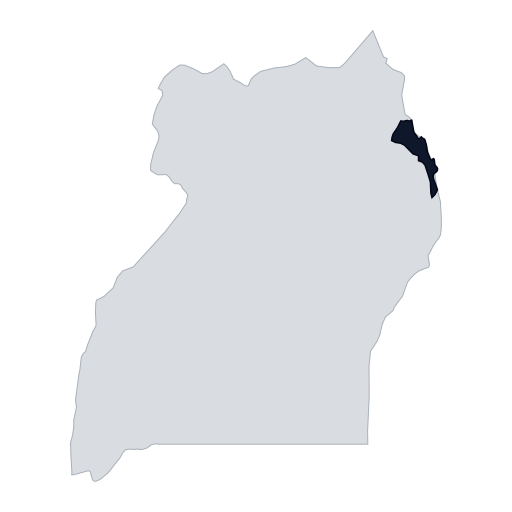 Moroto highlighted on a map of Uganda
{"feature_id": "UGA-3127", "entity_name": "Moroto", "entity_type": "District", "adm_level": 1, "iso_a3": "UGA", "parent_name": "Uganda", "parent_adm1": "", "projection": "natural_earth1", "projection_center": [34.678, 2.605], "detail": "fine", "context": "in_parent", "style": "filled", "palette": "ink", "viewbox_px": 512, "rotation_deg": 0, "n_neighbors": 0, "source": "natural_earth", "source_scale": "10m", "svg_char_len": 3111}
<svg xmlns="http://www.w3.org/2000/svg" viewBox="0 0 512 512"><path d="M367.8,444.2L360.3,444.2L348.1,444.2L336.0,444.2L323.8,444.2L311.6,444.2L299.5,444.2L287.3,444.2L275.1,444.2L263.0,444.2L250.8,444.2L238.6,444.2L226.5,444.2L214.3,444.2L202.1,444.2L190.0,444.2L177.8,444.2L165.6,444.2L158.4,444.2L157.0,444.0L156.0,443.7L151.4,444.7L146.7,448.1L141.6,449.6L136.2,449.0L135.5,449.4L132.8,449.3L128.9,449.1L125.3,450.0L122.6,453.0L119.8,458.2L114.8,464.2L110.9,469.5L107.6,473.3L100.0,479.5L95.9,481.3L93.8,481.0L92.5,479.8L90.2,471.9L88.7,470.6L73.9,474.7L71.7,474.8L71.9,472.3L70.8,453.7L70.6,442.3L72.6,435.1L73.7,426.9L73.8,419.6L76.5,407.3L75.5,399.9L79.0,373.9L79.9,369.7L81.3,357.1L83.5,353.2L85.4,351.7L87.9,344.0L92.8,331.7L96.1,325.4L95.4,311.5L95.9,302.1L96.7,300.0L103.9,296.5L113.2,287.8L117.1,277.6L122.6,271.0L133.3,266.8L165.2,231.7L180.0,212.7L186.4,203.0L186.6,199.5L187.9,195.0L185.3,191.4L182.2,188.1L181.2,185.2L178.5,183.7L174.7,183.7L172.2,181.6L169.4,177.3L166.5,174.6L157.5,174.8L150.6,170.5L150.7,164.5L153.4,152.9L158.7,139.5L159.0,135.8L158.2,132.6L156.9,129.9L154.6,127.2L152.3,124.0L154.1,114.4L157.4,105.0L160.1,100.3L162.8,95.0L162.0,90.6L158.2,88.5L160.2,84.3L164.4,77.1L172.5,69.9L179.7,65.1L184.4,65.1L193.7,68.9L202.1,73.5L206.6,73.7L212.2,71.8L223.8,63.8L226.6,66.3L230.0,71.2L233.6,79.2L240.9,82.9L244.4,85.4L246.9,86.2L248.3,85.5L251.1,79.2L254.4,75.8L260.6,71.4L274.2,68.0L283.9,66.9L288.0,66.2L295.0,64.1L305.8,57.6L316.6,66.0L328.2,67.6L339.5,67.6L342.9,65.0L344.9,63.1L356.8,49.3L372.8,30.7L383.5,56.9L387.1,58.5L386.6,60.8L385.7,63.0L392.7,69.3L401.3,72.6L404.4,75.8L404.6,79.3L401.7,94.7L402.3,99.0L405.1,114.4L410.2,117.9L414.7,133.3L423.9,139.9L425.2,141.8L427.3,149.3L430.1,157.5L432.3,159.4L433.7,159.8L436.4,168.6L434.8,173.4L437.0,188.3L440.4,201.6L441.3,217.5L441.4,224.5L441.2,228.7L440.5,234.8L438.8,238.3L435.9,241.7L432.6,247.0L429.8,252.7L428.0,255.5L429.4,264.1L429.1,266.4L428.3,267.4L424.1,268.8L418.8,271.0L415.6,273.3L411.0,277.7L407.4,282.4L402.5,296.2L394.4,307.0L393.1,310.5L385.4,317.0L382.0,324.9L379.9,334.6L376.9,341.6L370.5,351.1L369.0,366.2L369.2,396.4L367.6,430.7L367.8,444.2Z" fill="#d9dde1" stroke="#a8b0b8" stroke-width="1"/><path d="M411.7,119.6L413.7,131.6L414.4,133.0L416.6,135.8L417.6,137.7L418.2,138.4L419.2,138.7L419.6,138.5L420.4,137.8L420.6,137.7L420.8,137.5L421.1,136.9L421.3,136.8L421.5,136.9L421.7,137.2L421.8,137.5L422.1,137.8L424.0,138.9L424.4,139.0L424.8,139.7L425.1,140.4L426.5,145.4L427.5,152.2L430.4,159.2L431.1,159.9L432.0,160.0L432.6,159.4L433.0,158.8L433.6,158.6L434.3,159.7L434.7,163.7L435.1,165.2L437.0,167.4L437.6,168.7L437.4,170.5L436.4,171.9L435.0,172.8L433.8,174.0L433.2,175.9L433.6,179.0L436.3,186.4L437.5,189.9L435.0,194.5L432.0,197.6L430.9,193.3L430.4,182.0L428.1,174.4L426.0,168.2L425.1,165.3L422.5,162.2L418.5,160.7L418.5,155.8L416.2,155.0L413.0,153.9L409.3,150.1L404.4,145.1L400.5,143.2L395.6,142.5L391.6,140.6L392.1,137.1L393.2,133.9L397.4,127.7L400.8,120.9L403.5,121.3L406.1,120.6L407.6,120.5L409.2,121.1L410.5,120.6L411.7,119.7L411.7,119.6Z" fill="#0f172a" stroke="#020617" stroke-width="1.5"/></svg>